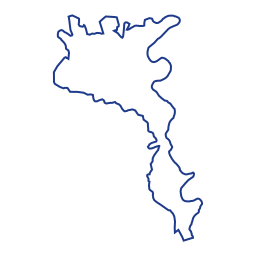 Kum Hamada, Al Buhayrah, Egypt
{"feature_id": "37247803B37481118609375", "entity_name": "Kum Hamada", "entity_type": "district", "adm_level": 2, "iso_a3": "EGY", "parent_name": "Egypt", "parent_adm1": "Al Buhayrah", "projection": "albers", "projection_center": [30.747, 30.655], "detail": "fine", "context": "isolated", "style": "outline", "palette": "blue", "viewbox_px": 256, "rotation_deg": 0, "n_neighbors": 0, "source": "geoboundaries", "source_scale": "gbopen_adm2", "svg_char_len": 5796}
<svg xmlns="http://www.w3.org/2000/svg" viewBox="0 0 256 256"><path d="M92.9,94.9L93.3,97.9L93.6,99.1L94.3,100.7L95.1,101.3L97.0,101.3L99.7,100.1L102.2,99.3L103.1,99.8L103.7,100.3L104.3,101.2L104.5,102.5L105.1,103.0L106.3,103.5L110.3,102.8L112.0,102.9L115.1,102.0L115.9,103.0L116.7,103.5L118.9,104.3L120.5,105.8L122.0,108.6L123.5,110.5L124.6,111.3L126.7,111.0L127.9,110.3L132.5,109.4L135.3,110.5L138.1,114.7L142.8,115.9L143.6,119.6L145.6,121.1L147.1,122.2L147.7,123.0L147.9,123.4L147.9,125.7L148.3,129.0L148.1,129.6L148.3,130.5L148.6,131.2L149.8,131.9L151.3,132.1L152.7,132.9L153.2,133.5L153.9,136.5L155.7,138.3L156.5,139.8L156.6,140.8L156.0,141.6L151.5,143.0L149.6,144.3L147.9,146.9L148.7,148.1L149.5,148.6L151.1,148.5L152.1,148.3L153.6,147.7L154.3,147.5L155.1,147.0L158.7,145.9L160.1,146.0L159.1,146.2L158.2,149.9L156.4,152.2L154.0,155.6L152.7,158.4L152.6,161.3L150.7,164.0L152.0,169.7L150.8,171.3L149.7,173.3L149.6,174.3L147.5,174.6L147.1,176.0L148.5,178.7L148.5,181.0L149.5,181.8L149.1,183.8L149.0,186.2L149.2,187.4L149.3,188.9L149.8,189.8L152.6,191.9L153.1,193.7L152.8,194.8L153.0,196.4L153.4,198.4L154.4,200.3L157.2,202.5L161.2,205.1L168.4,210.2L170.1,210.3L171.8,212.4L173.0,213.7L174.3,216.5L175.0,221.4L174.7,228.1L174.8,230.0L174.9,232.5L178.4,229.9L182.2,236.9L183.7,240.6L192.4,237.9L193.0,237.8L192.9,237.0L192.6,236.1L191.8,235.1L191.7,233.7L191.3,232.7L191.1,231.9L191.0,231.4L190.5,230.9L189.4,229.3L189.6,228.0L190.2,226.1L190.8,225.1L191.3,224.5L191.5,224.1L191.6,222.9L191.9,222.4L192.2,221.5L192.4,220.7L192.7,219.9L192.8,219.2L193.1,218.3L193.5,217.4L193.9,216.8L194.7,215.6L195.3,215.2L195.6,214.7L196.2,214.1L198.0,213.0L198.8,212.0L198.9,211.4L198.8,210.6L198.8,210.2L198.9,209.9L199.4,209.3L200.0,208.2L200.2,207.6L200.2,206.9L200.7,205.9L201.3,204.9L201.9,204.3L202.1,203.4L201.8,202.0L201.2,200.8L200.1,199.6L199.3,199.0L198.6,198.7L197.5,198.7L197.0,198.8L193.9,200.5L193.2,200.7L191.8,201.0L190.9,201.0L189.5,201.4L188.7,201.4L186.6,201.3L185.2,201.1L183.9,200.5L183.2,200.0L182.3,198.7L181.3,196.4L181.2,195.6L180.9,193.9L180.6,191.5L180.8,189.8L181.0,188.9L181.4,187.9L185.7,182.9L187.0,181.6L187.9,180.5L188.5,180.0L190.6,178.5L192.6,177.2L193.3,176.5L193.7,175.5L193.9,174.5L194.0,173.9L193.8,173.3L193.5,172.9L193.4,172.7L192.9,172.6L192.0,173.1L191.0,173.5L188.3,173.9L187.8,174.2L187.0,174.3L185.9,174.4L185.2,174.3L183.8,173.7L182.9,173.3L182.1,172.7L181.6,172.2L180.9,171.2L180.3,170.6L179.8,169.5L179.7,168.3L179.0,167.0L177.7,165.4L176.0,163.5L174.9,162.6L173.1,160.5L172.4,159.4L171.8,158.6L171.4,157.8L170.8,156.7L170.1,155.5L169.5,154.0L169.3,153.3L169.1,152.1L169.1,151.5L169.4,151.1L169.9,150.7L170.5,150.2L171.0,149.5L171.6,148.5L172.1,147.3L172.2,147.0L171.3,145.1L171.0,144.8L170.4,143.4L170.1,142.2L169.7,141.2L169.0,140.0L168.2,139.2L166.6,138.0L166.4,137.6L166.1,136.8L165.8,135.8L165.7,134.6L165.7,134.0L166.1,133.0L166.7,132.1L167.5,130.9L168.1,130.1L168.3,129.3L168.4,127.5L168.7,125.6L168.9,124.6L169.6,122.4L170.0,121.6L170.7,120.7L171.8,119.3L173.4,118.0L173.5,117.5L173.9,116.1L174.6,114.2L174.8,112.9L174.9,111.6L174.7,109.7L174.5,108.8L173.8,108.3L173.2,107.5L172.6,106.7L171.6,105.5L171.1,104.5L170.5,103.9L169.9,103.3L169.3,103.0L168.2,102.4L167.8,102.0L167.5,101.4L166.8,100.9L165.8,100.7L164.6,100.5L163.1,99.3L162.0,98.5L158.9,95.7L158.0,94.2L156.9,92.6L156.4,91.8L155.7,91.4L154.3,90.3L153.5,89.9L153.2,89.7L153.0,89.4L152.6,88.9L152.3,88.4L151.9,87.6L151.8,86.3L152.0,85.5L152.8,83.6L154.1,81.7L155.2,81.2L156.9,80.8L158.4,80.7L160.2,80.7L162.1,79.9L164.3,78.8L165.6,78.0L166.9,76.8L167.7,75.9L170.6,70.8L170.8,69.7L170.9,69.1L170.9,67.4L171.0,66.1L170.8,65.3L169.9,63.2L169.3,62.6L168.2,61.0L165.3,58.7L163.2,57.9L161.9,57.7L160.9,58.2L157.3,60.8L156.2,61.4L155.2,61.8L154.3,62.0L153.3,62.1L151.6,61.5L150.7,60.8L149.1,58.7L147.7,55.7L147.6,54.8L147.5,53.7L147.5,52.4L147.5,51.7L147.7,50.8L148.1,49.1L148.6,47.5L154.2,42.9L157.9,38.8L159.2,38.2L161.4,36.3L167.1,30.3L168.0,29.3L169.8,27.9L171.6,27.0L176.9,24.8L178.1,23.9L179.5,22.1L179.8,20.7L179.7,19.4L179.5,19.0L179.0,18.2L178.5,17.7L175.6,16.4L174.7,16.3L173.3,15.7L172.3,15.6L169.3,15.7L168.2,15.9L165.6,17.0L164.9,17.5L164.1,18.2L162.9,18.9L161.7,20.5L161.1,21.0L158.5,22.7L157.5,23.0L156.6,23.0L155.7,22.8L155.1,22.5L154.2,22.1L153.8,21.8L153.0,21.0L152.8,20.6L152.4,19.7L152.4,19.2L151.9,18.6L150.3,18.3L149.3,18.2L144.9,19.9L144.3,23.0L144.3,25.5L143.3,25.9L140.1,26.0L138.9,25.9L136.3,25.6L134.9,25.8L131.1,27.9L129.0,29.3L127.4,29.8L126.8,29.7L127.9,27.5L128.6,26.4L129.1,24.8L129.5,24.0L128.8,23.5L127.3,22.6L126.9,22.4L125.6,22.4L124.6,23.1L124.4,23.6L124.3,24.0L124.2,24.9L124.1,26.8L123.7,31.2L123.1,36.5L122.3,37.7L121.9,37.5L121.3,37.2L120.2,36.1L117.7,33.1L114.0,30.8L115.3,30.2L116.4,30.6L117.0,29.8L117.1,27.2L118.6,26.4L118.8,24.6L118.2,22.7L116.8,17.4L114.4,17.0L105.8,16.5L103.7,18.2L101.3,20.3L99.7,21.8L101.5,27.5L103.3,33.5L101.5,33.7L100.1,33.2L97.7,32.9L96.6,33.0L94.5,33.8L94.0,33.8L93.1,33.7L92.4,33.6L91.8,33.7L89.8,34.7L88.1,34.3L87.8,34.1L87.2,34.1L86.1,29.5L85.4,27.5L84.5,25.5L84.1,25.6L83.8,25.3L83.4,26.2L82.7,26.7L82.2,26.7L79.9,26.1L79.3,25.6L78.7,24.4L78.9,22.7L79.1,21.3L78.9,20.5L79.1,19.8L79.0,18.7L78.3,18.2L77.2,17.8L75.4,16.8L74.1,16.3L72.3,15.4L68.6,16.6L68.9,17.8L69.0,18.9L69.3,20.3L69.7,23.8L70.5,30.0L72.4,34.6L72.0,35.4L70.4,35.8L68.9,34.6L66.4,32.9L64.6,32.1L62.7,30.5L61.6,30.1L60.3,30.4L59.9,30.6L58.4,31.7L58.0,33.2L57.8,34.5L57.9,36.7L59.5,38.0L61.0,39.0L61.2,39.7L61.5,40.0L61.8,40.4L62.3,40.7L63.1,41.7L64.5,43.2L65.4,44.8L65.7,45.5L66.1,48.8L68.1,50.2L68.4,50.5L69.0,52.8L68.4,58.8L67.8,58.4L66.7,58.0L65.8,57.2L64.5,57.7L57.3,66.3L53.9,72.2L54.0,82.1L54.9,83.9L60.2,87.1L63.6,88.3L65.0,87.8L67.5,88.0L70.1,91.8L77.3,91.9L83.6,92.7L87.7,94.7L90.6,94.4L92.9,94.9Z" fill="none" stroke="#1e3a8a" stroke-width="2"/></svg>